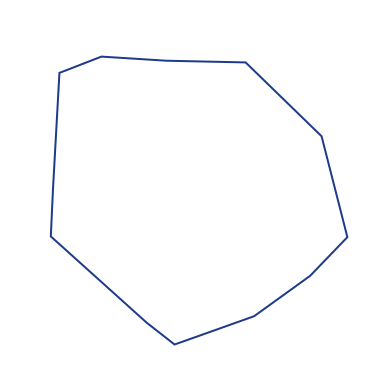 SVG path tracing the border of São Salvador do Mundo, rotated 261°
{"feature_id": "CPV-5049", "entity_name": "São Salvador do Mundo", "entity_type": "state/province", "adm_level": 1, "iso_a3": "CPV", "parent_name": "Cabo Verde", "parent_adm1": "", "projection": "mercator", "projection_center": [-23.611, 15.073], "detail": "fine", "context": "isolated", "style": "outline", "palette": "blue", "viewbox_px": 384, "rotation_deg": 261, "n_neighbors": 0, "source": "natural_earth", "source_scale": "10m", "svg_char_len": 338}
<svg xmlns="http://www.w3.org/2000/svg" viewBox="0 0 384 384"><g transform="rotate(261 192 192)"><path d="M170.2,45.6L217.3,55.3L330.4,79.7L339.9,123.7L333.5,152.3L325.7,187.1L311.6,265.2L226.8,328.7L197.0,331.5L123.1,338.4L90.7,295.5L59.6,233.9L44.1,150.9L70.0,126.8L170.2,45.6Z" fill="none" stroke="#1e3a8a" stroke-width="2"/></g></svg>